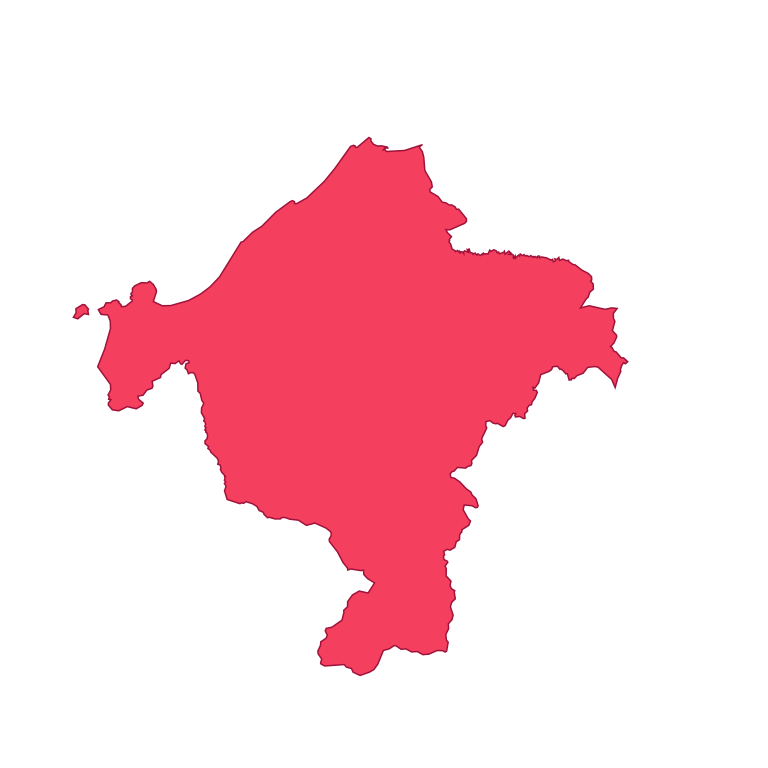 Lang Suan, Chumphon, Thailand (orthographic projection), rotated 232°
{"feature_id": "78962969B12315134210543", "entity_name": "Lang Suan", "entity_type": "district", "adm_level": 2, "iso_a3": "THA", "parent_name": "Thailand", "parent_adm1": "Chumphon", "projection": "orthographic", "projection_center": [99.044, 9.933], "detail": "fine", "context": "isolated", "style": "filled", "palette": "rose", "viewbox_px": 768, "rotation_deg": 232, "n_neighbors": 0, "source": "geoboundaries", "source_scale": "gbopen_adm2", "svg_char_len": 6172}
<svg xmlns="http://www.w3.org/2000/svg" viewBox="0 0 768 768"><g transform="rotate(232 384 384)"><path d="M135.2,267.1L135.0,268.9L141.0,275.6L143.7,275.5L148.5,278.4L151.4,284.3L155.4,287.0L156.4,292.4L159.3,296.2L167.0,298.9L168.5,300.3L170.4,303.4L170.8,307.9L176.9,311.3L177.5,312.5L181.5,311.1L184.7,312.1L187.4,315.4L194.6,314.8L200.1,319.4L203.0,320.1L204.2,324.5L205.6,324.7L208.7,323.2L211.8,324.9L212.0,326.5L215.4,328.1L214.8,332.0L212.4,333.7L211.7,339.2L215.2,343.8L214.8,347.6L218.8,351.0L219.5,354.1L221.2,355.9L220.4,363.8L222.8,367.8L226.0,367.4L236.2,369.0L239.3,372.7L233.7,378.6L230.2,379.9L229.3,381.7L230.1,383.2L236.8,385.8L242.5,385.1L245.4,385.9L250.8,384.3L259.9,383.5L266.5,381.5L269.1,379.1L272.5,380.8L273.0,383.9L272.2,385.7L273.1,390.4L267.4,396.7L267.5,399.2L266.2,402.3L267.2,404.2L269.9,405.9L270.8,412.9L276.2,420.7L277.4,425.8L280.8,427.3L286.1,437.9L288.6,438.5L291.6,441.3L289.8,445.0L286.2,445.8L283.7,447.7L283.3,449.1L277.1,451.7L276.6,453.8L279.2,459.1L279.5,463.1L281.5,467.4L279.6,469.6L278.5,467.6L277.0,467.4L274.9,470.9L270.8,472.7L270.2,474.1L274.0,476.5L274.3,480.5L277.0,482.1L277.8,485.2L276.9,487.5L278.7,489.6L279.8,493.9L282.9,499.6L285.2,500.1L287.0,498.0L289.7,499.3L287.9,500.2L289.7,506.6L294.9,513.2L292.3,521.8L292.2,525.0L293.8,527.4L291.2,531.6L287.3,531.6L286.9,532.6L284.4,533.4L280.1,533.5L279.2,534.8L273.1,532.3L271.9,534.3L272.9,535.3L271.2,537.4L271.8,541.0L269.9,547.6L271.7,554.7L268.1,560.7L265.6,563.0L247.4,566.2L238.9,564.0L244.7,571.7L248.1,578.3L249.7,579.0L252.1,582.5L253.4,585.9L251.3,586.7L251.6,589.8L257.0,588.9L258.6,587.0L266.3,586.7L268.1,585.4L272.6,586.1L274.0,585.5L274.8,590.5L277.8,596.3L279.4,597.3L285.4,596.8L291.2,604.5L294.2,605.1L298.4,608.1L300.0,614.2L303.8,610.3L306.7,604.2L319.3,593.9L323.0,585.7L326.5,595.5L326.8,598.5L329.6,602.6L329.9,607.4L334.0,610.4L337.9,610.2L338.0,611.7L340.8,613.6L345.4,613.0L352.3,609.9L360.1,608.0L362.0,606.4L366.3,605.1L367.9,605.6L368.7,603.8L372.4,601.8L373.3,598.4L376.1,599.7L375.7,596.8L377.4,595.7L375.4,594.7L376.2,592.6L378.4,593.7L378.8,592.0L383.5,589.6L387.2,586.3L387.5,584.5L389.1,585.2L390.0,584.2L389.1,582.5L391.1,582.0L391.4,580.6L392.3,580.4L391.9,579.5L394.8,578.8L394.8,576.8L397.1,575.8L397.6,574.3L399.7,574.1L399.7,572.4L402.6,571.4L401.4,569.7L402.8,569.3L402.2,565.0L404.1,566.2L403.2,563.6L404.1,563.5L404.6,565.1L406.9,565.1L409.3,562.3L409.0,564.7L411.9,564.2L411.8,559.3L414.5,560.6L414.1,559.3L415.6,555.1L417.4,555.6L417.8,553.9L419.5,554.5L421.3,553.7L422.2,553.1L422.7,549.8L424.4,549.7L422.4,546.1L424.7,543.5L425.0,541.8L426.0,542.5L426.0,539.0L428.7,538.2L428.3,536.6L431.1,536.4L431.3,534.1L432.2,534.6L434.7,532.9L437.9,534.2L438.3,533.3L437.1,532.6L438.2,532.2L435.9,531.5L439.3,529.5L439.0,527.8L437.8,527.1L439.8,527.1L440.8,526.1L440.5,525.1L441.7,525.2L441.1,524.5L443.9,524.2L444.3,521.3L444.5,522.3L448.4,520.8L453.4,522.7L456.2,522.7L456.6,524.1L457.7,524.4L458.6,527.9L464.0,527.2L467.6,527.8L465.0,530.7L461.0,546.4L461.3,549.0L463.5,550.7L475.8,550.5L477.1,548.6L479.8,549.1L483.4,547.6L484.9,545.6L488.7,544.3L491.4,541.8L498.4,542.0L507.0,538.6L509.2,540.0L509.6,543.4L514.1,545.8L527.1,547.6L538.3,555.0L543.3,557.2L549.2,557.7L548.9,561.7L555.4,543.9L565.8,529.0L568.1,529.1L568.8,527.7L569.5,529.9L567.6,532.2L568.6,532.5L573.2,528.7L575.6,525.3L579.3,523.3L583.5,523.3L585.3,524.7L587.5,523.9L587.0,508.7L588.2,507.1L589.4,507.8L590.8,507.0L591.8,503.9L584.1,477.9L580.4,461.6L578.1,437.7L579.9,426.3L581.2,424.6L582.8,425.7L584.9,424.7L585.5,422.2L586.0,404.6L583.5,384.8L584.5,374.0L583.0,360.6L583.8,358.7L569.6,320.2L567.6,306.7L567.8,294.9L570.1,281.4L577.1,264.2L582.2,257.4L591.0,253.0L596.7,261.4L598.7,262.7L604.4,263.5L609.2,262.5L609.6,259.4L613.3,255.1L614.8,248.0L614.2,244.6L611.4,242.4L611.0,240.2L609.2,239.5L608.2,240.7L608.8,237.8L607.2,236.7L605.6,237.4L604.4,236.8L604.3,228.2L606.7,224.7L608.5,225.6L611.4,225.0L612.0,225.8L614.9,224.9L616.5,221.3L616.3,218.6L619.1,214.9L617.2,211.1L618.5,204.7L613.0,203.9L608.6,208.7L607.5,208.7L601.9,206.9L596.1,202.6L583.5,185.4L573.9,169.0L552.1,168.2L547.6,165.0L545.2,159.7L543.1,159.8L541.5,157.6L539.8,159.2L538.6,155.0L537.1,153.8L530.9,154.0L526.2,158.5L524.2,167.8L517.0,173.5L516.1,180.2L517.2,182.5L523.0,181.2L526.0,182.5L523.5,187.2L525.2,193.3L523.5,198.5L524.6,200.6L528.9,203.0L526.7,211.8L528.7,214.1L528.6,224.3L531.8,228.8L528.7,231.9L528.5,236.7L525.1,236.2L523.9,236.9L524.8,242.3L522.6,244.4L520.8,243.6L521.8,240.4L519.0,237.1L515.9,237.4L512.5,236.2L512.1,238.5L510.1,240.8L508.2,240.9L499.4,237.9L493.0,233.0L489.7,233.4L483.4,230.4L479.7,230.1L477.4,225.5L473.8,222.4L467.3,221.4L465.7,219.1L464.3,219.6L462.1,218.6L460.9,216.7L459.0,216.7L458.1,214.5L456.9,215.1L455.9,213.9L454.2,214.3L452.0,213.3L449.8,210.8L449.4,207.9L447.2,206.3L442.7,207.2L441.6,205.5L439.1,206.2L436.7,205.6L428.3,206.9L425.1,206.2L423.1,203.6L421.1,205.0L418.3,203.9L417.4,202.5L414.5,201.8L409.0,202.2L409.2,201.3L407.5,200.7L406.4,198.9L404.2,198.9L403.9,197.0L400.6,196.6L398.1,192.6L389.6,189.3L378.4,196.8L378.0,198.7L376.4,199.9L376.3,202.8L370.5,206.7L365.8,208.5L361.3,207.7L357.2,209.9L355.0,209.2L350.4,209.9L349.5,211.6L344.7,215.1L341.4,219.4L341.8,220.9L339.9,223.7L335.5,226.5L329.4,232.7L320.4,235.8L316.9,244.0L306.2,249.6L301.0,250.9L298.9,250.6L296.8,248.6L295.5,245.3L293.4,244.0L280.5,244.0L268.6,241.8L261.4,241.9L259.7,240.9L258.8,243.8L251.2,250.9L249.9,253.2L246.2,250.8L240.9,251.2L233.1,254.1L229.1,242.8L236.1,237.0L237.2,229.3L234.9,221.4L230.9,218.1L230.5,212.9L228.7,211.8L223.8,205.5L224.4,193.3L227.0,188.0L225.6,185.7L220.7,184.6L219.3,181.5L219.8,175.5L217.2,173.1L214.2,167.4L211.9,166.0L205.7,165.6L203.1,162.2L202.0,162.0L198.3,163.7L187.4,179.9L184.0,180.1L179.8,183.2L175.9,182.2L169.1,185.7L165.9,195.1L165.2,200.3L167.1,206.7L174.4,219.5L172.0,225.3L171.7,230.8L170.2,232.3L164.4,234.2L161.8,238.2L155.9,240.8L152.7,245.5L146.8,248.0L143.5,253.0L141.3,261.7L137.8,266.0L135.2,267.1ZM632.2,195.3L633.0,187.6L629.7,185.3L627.8,180.3L623.9,182.8L624.0,191.1L620.7,193.9L624.3,195.9L624.9,197.2L630.6,197.0L632.2,195.3Z" fill="#f43f5e" stroke="#9f1239" stroke-width="1.5"/></g></svg>